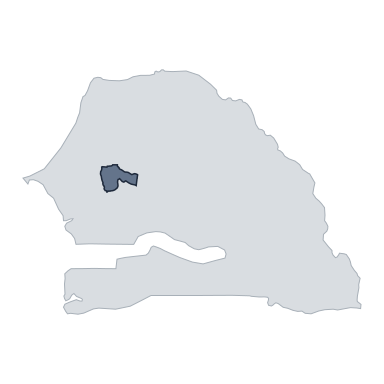 Mbacke, Diourbel, Senegal shown in context
{"feature_id": "50182788B63857747785645", "entity_name": "Mbacke", "entity_type": "district", "adm_level": 2, "iso_a3": "SEN", "parent_name": "Senegal", "parent_adm1": "Diourbel", "projection": "orthographic", "projection_center": [-15.86, 14.756], "detail": "fine", "context": "in_parent", "style": "filled", "palette": "slate", "viewbox_px": 384, "rotation_deg": 0, "n_neighbors": 0, "source": "geoboundaries", "source_scale": "gbopen_adm2", "svg_char_len": 7196}
<svg xmlns="http://www.w3.org/2000/svg" viewBox="0 0 384 384"><path d="M309.7,173.9L314.9,182.9L313.9,187.2L312.8,193.6L315.8,198.2L319.2,201.1L321.7,203.9L324.5,207.6L325.0,215.2L324.6,220.7L326.4,223.2L327.9,226.3L327.7,228.9L326.8,231.2L323.5,234.3L323.1,240.0L328.5,246.8L332.0,250.5L332.0,252.7L333.0,255.0L335.5,257.7L337.1,257.0L338.7,254.8L339.5,253.2L344.1,253.8L346.3,254.5L349.3,258.9L350.4,261.9L351.2,265.6L354.3,270.3L357.0,273.5L357.6,275.6L360.1,278.3L358.7,284.6L358.9,287.8L357.4,296.1L357.1,300.1L357.3,301.5L361.0,304.4L360.6,308.6L356.9,308.0L350.5,307.6L337.6,310.0L333.2,309.2L324.8,309.7L318.7,311.0L311.1,313.8L305.2,313.3L301.9,311.1L297.7,311.4L292.9,310.3L287.8,308.3L283.2,307.3L278.1,303.5L275.8,302.8L274.2,303.9L272.8,305.2L271.4,306.0L268.6,305.3L267.6,302.7L268.4,300.2L268.6,298.3L267.4,297.2L264.3,296.9L259.4,297.0L251.4,296.3L249.6,295.8L231.8,295.3L213.3,295.4L197.7,295.5L177.9,295.5L164.0,295.5L151.0,295.5L141.0,300.7L130.2,306.2L115.6,309.2L98.8,308.1L93.5,308.9L87.9,311.3L83.8,313.1L78.0,314.2L70.5,313.3L67.5,313.8L65.7,311.3L63.5,307.2L64.9,304.2L69.4,302.2L76.3,299.7L79.9,301.0L82.0,301.1L82.4,299.5L81.7,298.6L76.5,296.4L73.9,293.5L71.7,295.2L69.7,298.7L68.1,299.8L65.8,300.8L64.5,298.4L63.9,296.0L65.0,294.2L64.5,284.0L65.1,278.5L64.8,273.8L68.1,270.7L71.1,268.7L83.1,268.6L94.2,268.4L105.0,268.6L115.9,268.7L117.0,259.2L120.4,258.4L125.6,257.4L135.2,256.3L146.0,255.1L148.3,253.2L150.0,250.1L151.2,247.3L153.4,246.0L156.4,247.0L160.3,248.5L164.4,250.7L169.1,252.8L172.2,254.2L179.7,257.5L192.5,262.1L203.1,263.9L215.8,260.4L225.0,258.1L226.1,254.0L224.6,250.0L217.8,246.4L208.5,246.9L205.6,247.9L201.3,249.1L198.7,249.7L194.3,248.8L188.7,245.7L185.2,242.5L180.3,241.1L174.5,239.6L165.1,233.1L160.3,231.9L155.7,231.6L146.8,232.9L138.2,236.5L133.7,244.4L125.1,244.3L106.7,244.1L89.9,243.8L76.0,244.3L74.6,238.5L71.3,233.9L66.0,230.0L64.8,226.3L66.6,223.2L71.8,220.6L73.0,218.7L70.3,219.0L66.2,220.7L63.5,220.7L63.1,215.7L58.6,209.2L53.6,198.2L47.9,193.6L43.1,184.7L38.0,181.3L33.4,179.7L29.4,180.0L27.9,184.0L23.0,178.1L29.8,176.1L44.3,168.8L60.9,147.9L75.9,123.1L77.8,117.3L79.6,112.8L80.9,102.7L83.0,96.6L85.0,95.5L87.5,90.9L90.5,82.7L94.0,78.2L97.8,77.3L100.8,77.7L102.9,79.4L109.1,80.4L119.4,80.8L127.4,79.6L133.0,76.8L140.4,75.4L149.6,75.3L154.4,74.1L154.9,71.8L156.1,71.1L158.0,72.0L159.8,71.6L161.5,69.9L163.2,69.8L164.8,71.2L172.5,71.6L186.2,71.0L198.8,75.2L210.5,84.2L216.6,90.2L217.0,93.3L218.9,96.3L222.4,99.4L225.6,99.9L228.5,97.9L230.7,98.1L232.4,100.5L235.7,100.9L239.4,99.4L242.0,99.9L242.5,101.3L243.1,102.1L244.9,102.4L247.3,104.1L250.8,108.9L253.6,115.7L255.8,124.3L258.7,129.0L262.1,129.7L264.2,131.5L264.6,133.5L265.6,134.9L267.3,135.7L270.3,135.2L273.7,138.0L277.5,144.3L278.2,147.2L277.6,148.7L277.8,149.9L280.3,150.9L282.7,153.0L284.6,156.1L288.8,158.8L295.1,161.1L299.7,164.7L302.6,169.5L308.5,173.4L309.7,173.9Z" fill="#d9dde1" stroke="#a8b0b8" stroke-width="1"/><path d="M104.6,190.5L104.8,190.5L105.2,190.6L105.7,190.7L106.3,190.8L106.8,190.9L106.8,192.0L107.0,192.0L107.0,191.9L107.3,191.8L107.4,191.7L107.6,191.7L107.8,191.5L107.9,191.4L108.1,191.3L108.3,191.2L108.5,191.1L108.9,191.0L109.1,191.1L109.3,191.1L109.5,191.1L109.8,191.1L110.1,191.0L110.3,191.1L110.5,191.0L110.7,190.9L110.9,190.9L111.1,190.8L111.3,190.8L111.8,190.8L112.1,190.7L112.3,190.7L112.5,190.7L112.9,190.6L113.1,190.5L113.3,190.5L113.5,190.4L113.8,190.3L114.0,190.2L114.3,190.1L114.7,189.9L114.8,189.8L115.2,189.6L115.3,189.5L115.5,189.4L115.7,189.2L115.9,189.0L116.0,188.9L116.3,188.6L116.5,188.5L116.7,188.4L116.9,188.2L117.0,188.1L117.2,187.9L117.3,187.6L117.4,187.4L117.5,187.3L117.5,187.2L117.7,186.9L117.7,186.7L117.8,186.5L117.9,186.4L117.9,186.2L117.9,185.9L118.0,185.5L118.0,185.4L118.0,185.2L117.9,184.8L117.9,184.6L117.9,184.4L117.8,184.1L117.8,183.8L117.8,183.4L117.7,183.2L117.7,182.8L117.6,182.6L117.6,182.4L117.5,182.1L117.5,181.9L117.6,181.6L117.7,181.3L117.7,181.1L117.7,180.8L117.7,180.6L117.8,180.4L117.8,180.2L117.9,179.9L118.0,179.7L118.2,179.4L118.3,179.4L118.6,179.3L118.8,179.2L119.1,179.1L119.4,178.9L119.5,178.8L119.6,178.7L120.5,179.6L122.2,181.5L123.8,182.1L124.8,181.6L125.2,181.0L125.8,180.9L126.7,181.5L128.8,182.9L131.2,184.1L135.2,185.0L136.2,185.6L137.0,178.9L137.1,178.6L137.2,178.3L137.2,178.0L137.2,177.8L137.2,177.5L137.3,177.2L137.3,176.8L137.3,176.6L137.4,176.3L137.4,176.1L137.5,175.9L137.5,175.6L137.5,175.4L137.6,175.2L137.6,174.9L137.6,174.7L137.3,174.5L137.1,174.5L136.8,174.3L136.6,174.3L136.4,174.2L136.2,174.0L135.8,173.9L135.6,173.9L135.4,173.8L135.2,173.8L134.9,173.7L134.7,173.7L134.3,173.7L134.2,173.7L133.8,173.9L133.3,174.0L133.1,174.1L132.9,174.2L132.6,174.3L132.4,174.4L132.2,174.5L131.8,174.6L131.7,174.6L131.4,174.4L131.2,174.3L131.0,174.1L130.8,174.0L130.6,173.9L130.4,173.8L130.3,173.7L130.0,173.6L129.8,173.4L129.6,173.3L129.4,173.2L128.9,172.8L128.7,172.7L128.4,172.6L128.2,172.4L127.9,172.4L127.6,172.3L127.4,172.3L127.2,172.2L126.9,172.2L126.4,172.1L126.2,172.1L125.8,172.1L125.6,172.1L125.4,172.1L125.2,172.0L124.9,172.0L124.7,171.9L124.1,171.7L123.9,171.4L123.4,171.1L123.1,170.9L122.9,170.7L122.4,170.4L122.0,170.1L121.8,170.0L121.5,169.8L121.2,169.7L120.8,169.5L120.6,169.4L120.3,169.4L120.2,169.3L120.0,169.2L119.8,169.1L119.6,168.9L119.3,168.7L119.2,168.6L119.2,168.4L119.2,168.1L119.1,167.8L119.0,167.7L118.9,167.6L118.7,167.4L118.6,167.2L118.4,167.0L118.3,166.9L118.2,166.8L117.8,166.7L117.7,166.5L117.6,166.4L117.4,166.1L117.4,165.7L117.4,165.3L117.4,164.8L116.8,164.8L112.7,164.8L112.6,165.0L112.4,165.2L112.4,165.3L112.2,165.5L111.8,165.7L111.7,165.8L111.2,165.9L110.9,166.0L110.7,166.0L110.4,166.0L110.2,166.0L109.9,166.1L109.6,166.1L109.3,166.1L109.1,166.1L108.8,166.2L108.5,166.2L108.3,166.2L107.8,166.2L107.6,166.2L107.4,166.2L107.4,166.3L107.2,166.5L107.1,166.8L107.0,167.0L106.9,167.2L106.6,167.1L106.1,167.0L105.5,167.0L104.7,166.9L103.0,166.8L102.7,166.7L102.2,166.8L101.7,167.0L101.7,167.3L101.7,167.5L101.8,167.7L101.8,167.8L101.8,168.0L101.8,168.4L101.8,168.6L101.8,168.8L101.7,169.0L101.7,169.3L101.7,169.5L101.6,169.9L101.6,170.0L101.4,170.3L101.3,170.5L101.2,170.7L101.2,170.8L101.0,171.1L100.9,171.4L100.8,171.5L100.7,171.6L100.7,171.8L100.6,172.0L100.6,172.4L100.6,172.8L100.6,173.1L100.5,173.3L100.5,173.5L100.5,173.9L100.5,174.0L100.6,174.5L100.7,174.9L100.8,175.1L101.0,175.4L101.0,175.5L101.1,175.8L101.3,176.0L101.3,176.3L101.3,176.6L101.4,176.9L101.4,177.1L101.5,177.6L101.5,177.8L101.5,178.0L101.6,178.3L101.6,178.5L101.7,178.8L101.7,179.0L101.8,179.1L101.8,179.3L101.9,179.5L101.9,179.8L102.0,179.9L102.0,180.1L102.1,180.4L102.1,180.5L102.3,180.9L102.3,181.0L102.5,181.4L102.5,181.5L102.6,181.8L102.7,182.0L102.8,182.2L102.9,182.4L102.9,182.5L103.0,182.8L103.0,183.0L102.9,183.3L102.9,183.5L102.8,183.8L102.9,184.0L103.0,184.5L103.1,184.8L103.2,185.0L103.3,185.1L103.3,185.3L103.5,185.5L103.7,185.8L103.8,185.8L103.8,186.0L104.0,186.3L104.1,186.5L104.3,186.7L104.3,186.8L104.4,187.0L104.4,187.3L104.4,187.5L104.3,187.8L104.3,188.0L104.2,188.1L104.2,188.3L104.1,188.6L104.1,188.8L104.1,189.0L104.3,189.2L104.5,189.4L104.6,189.7L104.7,189.8L104.7,190.0L104.7,190.3L104.7,190.5L104.6,190.5Z" fill="#64748b" stroke="#1e293b" stroke-width="1.5"/></svg>